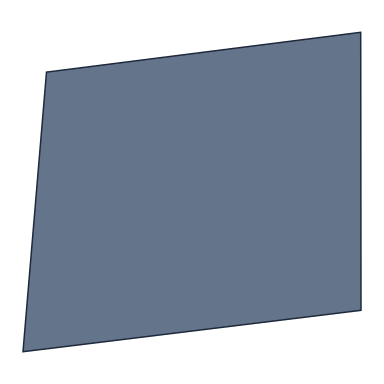 map outline of City of Hamilton (Natural Earth projection)
{"feature_id": "BMU-5134", "entity_name": "City of Hamilton", "entity_type": "state/province", "adm_level": 1, "iso_a3": "BMU", "parent_name": "Bermuda", "parent_adm1": "", "projection": "natural_earth1", "projection_center": [-64.788, 32.293], "detail": "fine", "context": "isolated", "style": "filled", "palette": "slate", "viewbox_px": 384, "rotation_deg": 0, "n_neighbors": 0, "source": "natural_earth", "source_scale": "10m", "svg_char_len": 188}
<svg xmlns="http://www.w3.org/2000/svg" viewBox="0 0 384 384"><path d="M361.0,310.3L23.0,351.7L46.5,72.1L360.7,32.3L361.0,310.3Z" fill="#64748b" stroke="#1e293b" stroke-width="1.5"/></svg>